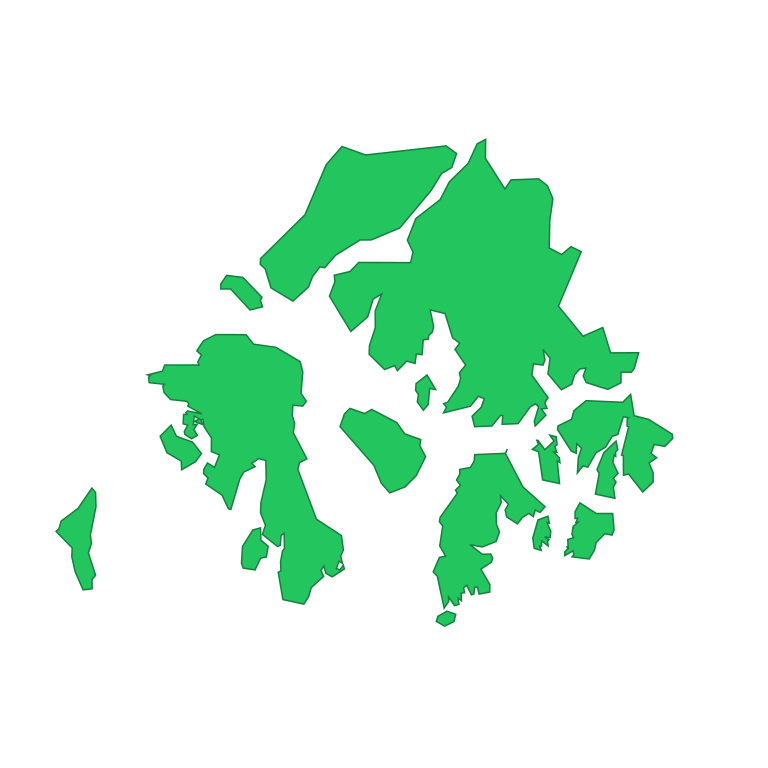 Karlsøy nor, Troms, Norway (Mercator projection), rotated 191°
{"feature_id": "86288312B39619690303479", "entity_name": "Karlsøy nor", "entity_type": "district", "adm_level": 2, "iso_a3": "NOR", "parent_name": "Norway", "parent_adm1": "Troms", "projection": "mercator", "projection_center": [19.425, 70.066], "detail": "fine", "context": "isolated", "style": "filled", "palette": "green", "viewbox_px": 768, "rotation_deg": 191, "n_neighbors": 0, "source": "geoboundaries", "source_scale": "gbopen_adm2", "svg_char_len": 6171}
<svg xmlns="http://www.w3.org/2000/svg" viewBox="0 0 768 768"><g transform="rotate(191 384 384)"><path d="M330.9,643.5L338.4,637.6L343.5,616.6L358.4,595.0L364.0,575.8L384.3,552.5L388.5,529.6L380.7,519.0L381.1,508.2L432.0,498.5L438.9,487.9L453.6,481.3L451.7,475.3L454.3,459.8L426.6,429.2L412.8,446.8L410.8,465.3L403.4,472.0L406.6,454.0L403.3,437.7L405.6,419.0L404.3,410.4L386.2,398.3L377.0,404.1L373.4,399.6L366.1,410.8L357.4,410.1L358.0,419.8L352.2,420.0L353.9,434.9L348.9,436.5L349.4,440.3L346.4,444.2L346.3,450.1L352.8,465.5L337.5,464.8L325.5,442.4L317.5,438.6L320.9,431.5L307.5,418.1L312.1,409.6L309.9,403.8L310.5,396.5L317.9,378.5L321.8,376.0L318.2,373.1L320.1,367.0L294.9,378.7L289.0,390.0L282.8,388.7L284.1,379.7L291.4,369.2L286.9,359.4L270.1,363.4L263.6,375.4L261.4,375.6L260.4,367.0L244.8,370.7L236.1,389.4L231.4,393.5L227.9,391.2L229.3,376.0L227.6,371.6L219.1,384.3L224.8,389.6L219.3,391.1L222.6,396.1L220.3,401.9L240.5,420.9L241.2,432.3L231.5,432.9L230.6,438.5L234.5,448.3L225.9,440.9L225.0,425.2L208.8,412.2L199.7,419.6L198.7,429.2L194.8,436.0L188.8,438.1L190.0,429.8L185.8,424.0L163.3,421.4L151.6,430.4L153.6,440.9L143.3,442.8L141.3,447.1L140.0,463.3L167.5,457.8L180.0,481.2L197.8,468.9L227.6,493.7L215.6,551.5L226.7,554.5L234.3,545.0L247.8,549.1L252.4,576.0L253.6,598.2L261.4,609.8L271.3,614.9L298.3,608.6L302.5,598.5L327.5,624.9L330.9,643.5ZM442.1,153.1L420.6,152.6L417.3,161.3L416.6,170.1L406.5,183.7L410.4,189.0L408.3,193.8L405.0,187.1L398.0,184.8L387.6,194.8L389.4,198.5L391.9,193.0L395.5,193.9L394.3,201.6L390.7,200.1L393.6,206.7L392.2,213.5L396.9,227.1L424.5,238.4L452.3,283.8L451.9,290.8L445.4,295.8L463.8,319.0L464.1,328.0L468.0,335.5L469.4,345.8L459.5,346.8L457.0,352.3L463.7,359.0L466.0,380.3L470.6,390.0L497.1,399.4L519.6,398.2L528.8,406.1L558.6,400.4L569.5,391.9L574.1,380.8L568.8,377.6L571.0,370.1L569.3,367.3L602.9,360.8L603.9,354.4L617.8,347.9L615.0,347.6L616.4,345.9L614.8,340.5L599.5,341.8L600.7,339.7L598.3,333.6L590.5,328.0L574.5,329.4L571.7,327.3L572.5,324.9L557.1,319.9L571.6,320.1L573.0,318.1L571.5,316.6L574.9,315.9L573.6,306.6L568.8,306.1L571.0,299.2L569.8,296.5L562.5,293.5L557.4,297.9L562.0,303.3L559.7,308.8L563.4,307.7L564.2,316.3L558.5,314.4L563.0,311.1L554.6,309.7L556.9,313.8L555.0,314.9L552.6,307.9L543.1,298.1L540.6,284.7L532.0,283.0L534.5,269.9L542.2,272.8L544.6,265.9L544.0,261.5L538.8,258.2L539.9,251.8L521.8,244.0L512.9,231.8L510.4,231.6L507.4,263.3L504.9,270.7L494.7,278.3L498.7,280.8L492.9,286.8L485.4,286.4L481.4,267.6L482.2,243.9L480.6,233.9L473.4,222.6L474.7,213.2L457.6,204.2L455.0,205.8L456.1,215.6L453.6,218.5L450.3,203.4L451.8,200.7L451.6,189.4L449.5,180.9L451.9,179.0L442.1,153.1ZM513.3,456.8L489.2,448.0L476.6,464.8L474.6,475.9L469.2,486.8L464.4,486.8L456.1,501.2L434.9,520.8L424.0,523.0L398.3,540.2L374.7,582.8L367.6,601.7L358.7,609.5L356.7,624.0L368.4,629.6L445.9,605.3L470.6,609.1L482.6,588.2L493.9,535.0L529.1,483.6L528.3,477.8L522.7,474.5L513.3,456.8ZM295.0,205.5L282.2,175.5L279.0,182.8L280.0,187.3L272.5,179.9L268.4,182.0L270.4,188.0L266.6,186.1L268.4,193.4L265.1,194.5L267.0,199.2L264.3,202.1L258.0,193.7L255.7,195.0L256.1,201.8L253.6,202.6L250.6,195.9L240.5,199.9L241.8,207.3L253.5,220.7L244.6,229.6L244.1,233.6L246.7,237.5L255.1,235.6L268.9,242.7L256.4,242.8L243.9,250.8L242.4,260.7L246.8,267.6L249.3,278.7L246.3,290.0L248.4,296.6L239.0,289.7L241.0,283.3L238.2,276.9L226.3,272.2L222.6,279.6L217.0,284.6L212.1,282.3L211.5,289.1L206.3,287.7L202.5,294.3L227.9,309.4L251.5,338.9L250.5,343.7L251.7,339.1L281.5,332.0L280.8,325.6L283.2,318.6L293.4,314.6L292.4,310.0L294.5,303.6L289.7,299.1L293.6,293.5L291.2,290.8L303.4,263.9L303.4,259.5L299.3,255.8L298.4,235.7L290.7,226.7L296.5,224.4L299.9,209.0L295.0,205.5ZM139.9,420.9L146.2,411.6L182.4,406.2L192.6,393.9L193.1,385.2L205.2,376.0L205.0,372.4L187.4,353.9L182.1,352.7L183.3,362.1L177.9,358.7L179.2,349.0L177.2,333.5L173.1,341.5L168.1,341.2L162.7,357.0L154.5,364.2L150.0,376.2L144.8,379.1L142.8,397.5L137.5,397.6L138.6,395.9L137.4,389.1L135.7,388.6L137.2,359.5L135.4,359.3L131.5,340.1L126.8,342.3L109.4,327.3L101.1,339.1L102.9,348.3L108.7,357.0L102.3,363.7L108.5,366.7L107.3,376.2L96.5,376.3L90.2,385.6L91.4,389.7L117.5,399.8L132.4,400.6L139.9,420.9ZM367.8,286.2L357.6,278.2L343.7,287.0L334.8,300.3L329.3,320.6L337.0,330.2L337.4,336.5L354.1,339.0L364.1,348.6L391.2,356.7L397.5,351.3L412.7,353.6L417.2,347.0L419.0,333.7L378.4,302.2L367.8,286.2ZM640.1,124.5L631.4,127.3L633.3,136.3L630.6,141.2L641.9,161.7L640.8,171.9L643.4,179.5L643.3,208.5L646.4,222.5L650.9,226.1L660.6,203.5L674.8,187.8L675.5,179.6L677.8,176.7L658.8,163.6L657.5,154.8L651.3,140.7L640.1,124.5ZM165.1,252.6L166.4,250.2L149.2,251.4L145.7,261.1L145.5,268.8L138.6,279.1L131.3,279.2L130.3,284.7L134.8,300.5L151.0,297.4L169.0,304.7L172.1,295.1L170.8,288.4L168.3,289.2L169.2,284.8L167.2,285.3L171.2,280.2L170.8,272.1L168.5,269.4L174.0,266.4L171.9,258.4L173.8,259.5L172.0,257.5L174.5,253.8L173.8,250.0L166.6,256.3L165.1,252.6ZM568.3,269.6L566.3,261.2L554.2,271.7L549.9,280.9L560.8,290.4L577.8,293.1L585.1,303.0L593.8,290.0L584.0,275.2L568.3,269.6ZM155.5,316.2L135.5,315.9L139.2,326.3L137.5,332.0L140.9,335.0L137.2,341.0L144.4,350.8L144.5,358.0L142.7,357.3L143.7,361.1L142.0,364.3L145.3,372.3L155.1,358.4L158.6,340.5L155.7,337.2L155.5,316.2ZM210.0,320.1L192.7,319.8L199.3,341.6L196.3,340.4L197.9,345.1L204.5,349.8L201.3,350.0L204.4,355.3L202.5,357.5L204.9,365.1L211.4,365.4L206.2,360.3L213.6,350.3L222.2,358.1L223.3,357.9L220.9,354.3L225.9,348.2L219.3,346.9L210.0,320.1ZM529.6,431.1L517.9,436.6L521.2,442.4L520.4,445.9L542.9,461.7L559.2,460.6L563.3,451.1L562.3,446.1L552.7,448.0L529.6,431.1ZM487.1,176.4L475.1,176.9L471.9,189.5L466.5,191.6L466.7,202.6L475.0,207.2L477.8,219.2L484.9,215.7L491.9,197.6L489.7,180.8L487.1,176.4ZM205.2,251.3L197.8,250.6L200.3,254.8L198.4,255.0L199.3,260.0L191.9,256.3L193.5,260.9L192.3,262.6L197.1,264.6L191.6,264.8L192.2,271.4L197.7,279.2L195.1,278.8L197.9,285.5L206.9,280.0L208.6,261.3L205.2,251.3ZM352.6,390.5L351.8,383.8L348.2,380.3L347.9,372.8L340.3,365.7L336.7,372.4L338.3,388.3L332.2,388.4L343.5,401.1L352.6,390.5ZM278.9,173.0L286.8,166.2L287.3,160.9L278.3,157.9L270.0,164.1L269.6,171.6L278.9,173.0Z" fill="#22c55e" stroke="#15803d" stroke-width="1.5"/></g></svg>